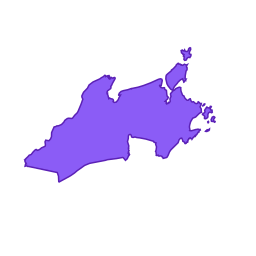 the district of Prey Nob, Krong Preah Sihanouk, Cambodia, rotated 226°
{"feature_id": "14789045B88399484092706", "entity_name": "Prey Nob", "entity_type": "district", "adm_level": 2, "iso_a3": "KHM", "parent_name": "Cambodia", "parent_adm1": "Krong Preah Sihanouk", "projection": "equal_earth", "projection_center": [103.742, 10.678], "detail": "fine", "context": "isolated", "style": "filled", "palette": "violet", "viewbox_px": 256, "rotation_deg": 226, "n_neighbors": 0, "source": "geoboundaries", "source_scale": "gbopen_adm2", "svg_char_len": 5922}
<svg xmlns="http://www.w3.org/2000/svg" viewBox="0 0 256 256"><g transform="rotate(226 128 128)"><path d="M172.0,27.4L171.2,28.8L169.9,29.2L169.5,29.7L145.1,46.2L141.6,44.5L137.5,40.9L137.0,41.0L133.6,53.5L132.8,58.3L132.6,61.7L131.2,70.9L129.2,75.9L120.5,89.2L119.5,91.2L114.0,98.5L110.5,103.7L109.8,104.0L106.5,103.7L106.4,106.1L107.4,108.6L107.8,110.6L108.0,110.6L108.0,109.6L108.9,111.1L109.4,111.2L109.9,110.8L110.1,111.8L110.6,111.8L110.9,112.3L111.1,113.1L111.5,113.1L112.7,113.8L112.9,114.4L113.1,114.3L113.5,114.7L114.5,116.1L118.6,118.2L120.3,121.0L121.7,122.4L122.4,123.4L122.2,124.6L122.0,125.0L121.4,125.3L120.5,125.2L119.1,124.4L118.3,124.6L117.4,125.5L116.7,126.8L115.0,127.7L113.0,129.4L107.6,133.2L100.6,137.2L99.5,136.8L97.9,137.8L97.1,136.6L94.6,135.4L92.4,132.6L92.1,131.6L91.2,131.4L89.0,129.7L88.7,129.3L87.9,129.8L87.6,130.8L86.3,130.7L85.3,132.1L84.0,132.7L83.4,132.4L82.8,132.6L81.7,132.2L80.0,135.2L79.9,135.9L80.5,137.9L82.0,141.3L82.5,143.7L82.6,153.8L84.0,156.5L84.1,158.4L83.7,159.3L83.3,159.6L81.0,158.7L80.4,158.2L78.4,158.8L77.7,158.3L77.4,158.5L77.1,158.4L77.0,158.9L76.7,158.9L76.6,159.2L77.0,160.7L76.4,161.0L76.4,161.3L77.2,162.0L77.2,162.4L77.7,162.7L77.8,163.8L78.1,164.2L77.8,164.6L78.1,164.7L77.8,165.9L76.2,166.0L75.8,167.1L75.6,166.9L75.9,168.5L75.7,169.8L75.2,170.3L75.3,170.8L75.7,170.4L75.9,170.6L75.9,171.3L75.5,172.8L76.2,175.6L75.8,176.1L76.3,176.7L76.5,178.0L76.3,178.6L76.9,178.9L77.5,178.0L78.6,177.6L79.0,176.7L79.6,176.1L81.9,171.8L83.1,170.7L83.3,170.6L83.4,171.1L86.1,172.9L87.4,174.6L89.0,177.4L90.1,181.3L88.9,184.3L89.0,188.7L88.7,190.9L88.2,191.8L89.2,192.4L90.8,193.9L93.2,194.5L94.1,196.9L94.7,197.8L95.5,196.8L96.7,197.0L98.0,196.8L98.1,196.4L97.5,195.9L97.5,195.2L98.0,194.2L99.0,193.5L101.4,193.4L102.1,192.3L102.7,192.0L104.1,192.3L105.7,193.1L106.2,192.3L106.1,190.7L106.8,189.9L107.4,189.7L110.0,189.7L112.4,190.5L113.2,190.1L113.8,190.1L117.6,191.7L119.6,193.2L120.3,194.0L121.4,193.6L122.1,192.5L123.1,189.8L123.0,187.6L123.5,186.5L123.2,182.7L122.9,182.1L120.9,180.9L119.8,178.4L117.9,177.0L117.5,175.3L117.8,174.5L118.2,174.6L117.9,173.7L118.3,173.3L118.4,172.7L119.0,173.0L119.2,172.7L119.9,173.5L120.6,173.9L121.4,173.3L121.4,176.8L122.2,178.4L123.4,178.2L124.9,179.0L128.4,181.8L129.9,181.3L130.6,181.5L131.6,182.2L132.0,182.0L133.0,180.5L133.7,180.3L134.0,179.9L135.2,179.8L136.5,180.1L136.6,180.5L135.7,180.9L135.4,181.3L138.1,185.3L138.6,185.8L139.7,186.2L140.9,185.5L141.9,183.7L144.7,175.8L147.8,168.6L150.3,163.7L153.7,158.3L153.7,157.8L154.1,157.8L155.7,154.4L158.1,150.6L159.1,148.4L159.1,146.0L158.3,144.2L158.1,144.1L156.9,145.5L156.1,142.6L155.2,140.8L154.8,137.6L156.0,135.8L157.3,135.6L157.8,136.6L158.6,137.0L159.5,137.0L161.2,135.9L162.4,135.6L162.6,135.1L162.3,134.8L162.4,134.5L165.8,136.5L167.1,136.7L167.2,137.5L167.6,137.3L168.3,137.7L168.9,139.1L168.4,142.9L168.8,143.7L170.0,144.6L169.9,145.4L170.9,147.8L172.3,152.5L172.6,153.2L173.0,153.5L173.6,153.5L174.2,152.6L174.2,151.7L176.0,151.1L175.9,150.8L176.1,150.2L175.6,149.7L176.1,148.7L177.0,148.6L177.2,149.4L177.2,150.1L177.4,150.2L177.6,149.1L178.3,148.9L178.7,150.3L178.5,150.7L178.9,150.8L179.5,149.8L179.2,149.6L179.2,149.3L179.7,149.6L179.8,149.4L180.3,148.2L180.4,148.5L180.9,148.0L181.5,148.2L182.0,148.0L182.1,145.8L182.7,143.7L182.9,141.9L185.4,134.9L186.0,129.9L184.8,126.5L184.6,120.9L183.2,117.2L182.4,116.4L180.1,115.5L177.7,110.7L174.6,103.5L174.2,102.0L174.2,98.6L173.6,94.9L173.9,94.2L176.3,92.1L177.0,90.9L177.4,87.9L176.8,85.9L176.7,82.6L177.8,79.7L179.1,78.0L179.2,77.0L180.1,75.6L177.8,69.9L174.9,66.9L173.9,64.5L173.8,62.4L174.1,62.0L176.4,60.4L175.7,58.7L173.5,57.1L172.7,56.2L172.5,55.5L173.8,52.0L173.9,50.0L174.4,48.0L175.0,47.1L175.8,47.3L176.4,47.0L176.7,46.2L176.7,43.4L176.2,40.0L177.1,37.9L176.9,36.4L176.9,32.6L176.6,32.4L176.8,31.6L176.3,31.6L176.0,31.0L175.0,30.4L174.3,30.5L174.0,30.2L172.8,30.0L173.2,29.2L172.0,27.4ZM130.5,186.1L126.4,185.7L124.9,186.0L124.4,186.6L124.4,187.2L125.1,188.7L125.6,190.5L125.9,194.4L126.2,195.8L126.2,199.3L125.4,201.6L124.3,200.8L123.7,200.8L122.2,200.0L122.1,200.4L122.5,201.8L122.4,202.2L122.0,202.4L122.6,203.0L122.8,203.8L123.3,203.3L123.8,203.3L126.0,205.7L128.7,209.4L128.7,210.3L129.2,211.3L130.4,212.4L130.8,212.3L131.4,212.6L132.1,213.6L132.4,214.7L132.7,213.9L133.3,213.4L134.7,212.9L135.0,211.1L135.3,210.6L136.3,210.5L136.4,209.9L137.8,209.9L138.5,209.0L139.4,209.3L139.8,208.8L139.9,206.7L139.4,205.7L139.2,201.7L139.5,199.7L139.2,199.6L139.1,198.4L139.4,194.5L139.4,192.4L138.9,191.4L137.0,189.3L132.7,186.7L130.5,186.1ZM138.4,215.8L137.2,215.8L136.5,217.0L136.5,217.6L137.0,218.1L137.1,219.8L136.6,220.9L135.7,221.4L136.2,223.4L137.2,224.4L138.2,223.8L138.9,223.7L140.1,225.2L140.9,227.6L142.1,228.6L142.7,228.4L142.9,227.5L142.7,226.3L141.8,225.2L142.0,223.6L143.6,222.4L144.9,223.0L144.7,222.2L144.8,221.6L145.3,221.2L146.4,221.2L146.8,220.0L144.9,218.7L143.6,218.9L142.9,218.7L142.5,219.2L141.9,218.8L141.7,219.0L141.3,217.8L140.3,218.0L138.4,215.8ZM83.2,191.2L82.4,190.7L82.2,189.9L81.6,189.6L80.8,190.1L80.4,191.0L80.2,192.5L80.6,193.3L82.2,194.8L82.9,196.5L82.6,198.0L81.7,198.5L81.2,198.5L80.8,198.9L80.8,199.6L81.8,200.2L82.3,200.8L82.7,200.9L83.3,200.1L84.1,200.2L85.0,200.9L85.4,202.7L86.1,202.7L86.4,202.1L85.7,201.3L86.0,200.3L87.1,199.5L88.3,199.3L88.2,198.1L87.8,197.3L87.9,196.5L87.3,195.2L86.3,194.8L86.0,194.3L85.9,193.7L86.3,191.4L85.9,190.9L84.6,191.3L83.2,191.2ZM77.3,196.2L76.3,193.6L74.9,192.7L74.3,193.0L73.3,194.1L72.1,194.2L71.9,194.9L72.2,195.2L73.5,194.6L74.0,194.9L74.8,195.7L75.2,197.8L75.4,197.9L76.7,197.7L77.3,196.2ZM70.7,185.9L70.8,184.9L71.2,184.2L71.8,183.8L71.7,182.7L71.9,181.7L71.8,181.4L70.7,182.3L70.5,183.2L70.0,184.1L70.1,185.2L70.7,185.9ZM92.0,200.0L92.4,199.4L92.0,196.5L91.5,198.9L91.8,199.9L92.0,200.0ZM77.0,190.4L77.1,189.8L77.0,189.5L76.1,189.2L75.9,189.5L76.3,190.2L77.0,190.4Z" fill="#8b5cf6" stroke="#5b21b6" stroke-width="1.5"/></g></svg>